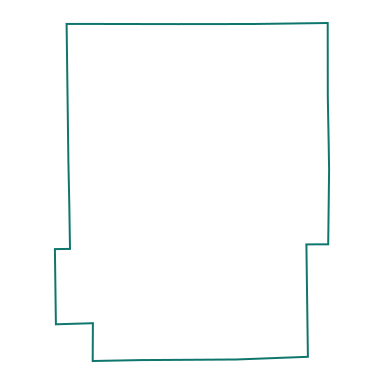 outline of Kosciusko, Indiana, United States of America
{"feature_id": "52423323B75702565689180", "entity_name": "Kosciusko", "entity_type": "district", "adm_level": 2, "iso_a3": "USA", "parent_name": "United States of America", "parent_adm1": "Indiana", "projection": "mercator", "projection_center": [-85.876, 41.239], "detail": "fine", "context": "isolated", "style": "outline", "palette": "teal", "viewbox_px": 384, "rotation_deg": 0, "n_neighbors": 0, "source": "geoboundaries", "source_scale": "gbopen_adm2", "svg_char_len": 353}
<svg xmlns="http://www.w3.org/2000/svg" viewBox="0 0 384 384"><path d="M54.9,249.1L55.9,324.3L92.9,323.2L92.7,361.0L139.8,360.1L236.1,359.5L307.9,356.8L306.4,244.4L328.2,244.3L329.1,169.7L328.7,144.8L327.8,96.5L327.7,23.0L253.5,24.0L178.2,24.1L66.6,23.9L68.4,162.3L69.3,204.6L70.0,248.9L54.9,249.1Z" fill="none" stroke="#0f766e" stroke-width="2"/></svg>